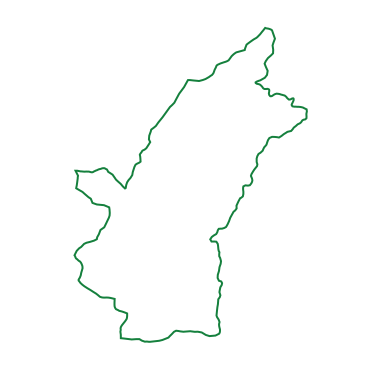 outline of Zobel, Tashigang, Bhutan, rotated 78°
{"feature_id": "84629894B82504764239496", "entity_name": "Zobel", "entity_type": "district", "adm_level": 2, "iso_a3": "BTN", "parent_name": "Bhutan", "parent_adm1": "Tashigang", "projection": "natural_earth1", "projection_center": [91.442, 27.065], "detail": "fine", "context": "isolated", "style": "outline", "palette": "green", "viewbox_px": 384, "rotation_deg": 78, "n_neighbors": 0, "source": "geoboundaries", "source_scale": "gbopen_adm2", "svg_char_len": 5401}
<svg xmlns="http://www.w3.org/2000/svg" viewBox="0 0 384 384"><g transform="rotate(78 192 192)"><path d="M320.2,292.0L320.8,290.1L322.5,285.1L323.7,281.6L324.3,277.3L325.0,274.0L327.0,271.9L328.6,269.2L328.9,267.2L329.6,265.2L329.8,264.3L330.7,255.1L330.6,251.7L329.5,245.3L328.4,243.8L326.7,241.1L325.0,238.7L324.4,236.4L325.1,234.3L325.9,232.4L326.9,229.5L327.8,222.7L329.3,218.5L329.9,215.3L331.4,211.7L334.7,208.2L336.6,204.8L337.3,198.9L336.5,195.8L336.2,194.8L334.9,193.9L333.7,193.5L332.1,193.2L330.5,193.3L328.7,193.3L326.8,193.0L326.0,192.6L324.9,192.1L322.2,192.5L319.6,193.5L317.9,193.7L313.2,192.2L309.9,191.1L307.2,190.0L304.2,189.1L302.4,188.6L300.7,186.7L298.9,185.7L295.7,186.0L293.9,185.3L291.1,184.1L289.2,182.3L287.4,181.5L285.6,182.0L284.4,184.1L281.4,184.8L278.4,184.0L274.8,182.0L271.2,180.7L268.2,178.9L265.7,178.0L262.3,178.2L260.5,178.7L258.4,178.3L256.6,177.7L255.2,178.1L253.5,178.1L250.1,177.7L248.1,177.6L245.7,178.5L245.1,180.3L244.5,183.2L242.1,184.0L240.1,182.0L239.0,179.6L238.2,177.1L236.7,175.7L234.8,174.7L233.6,173.5L233.8,171.8L234.1,170.2L233.9,167.9L233.3,166.0L232.6,165.3L230.9,163.8L228.2,161.8L225.1,159.9L222.9,158.0L220.0,155.5L219.0,153.6L217.4,151.8L214.6,151.3L212.7,149.9L210.7,148.4L208.1,146.2L207.9,145.2L206.9,143.2L204.7,142.2L202.5,141.7L200.3,141.5L198.7,141.2L197.2,140.6L196.6,138.4L197.4,135.9L197.4,134.0L195.9,132.2L194.5,131.1L193.1,130.5L191.3,130.5L188.5,131.0L186.9,130.1L184.5,127.9L183.0,126.4L180.2,123.0L178.5,122.3L176.1,122.5L172.7,121.8L170.6,120.7L168.6,119.0L167.8,116.8L166.3,114.3L164.7,113.2L163.3,112.1L162.4,110.8L161.2,109.3L159.2,108.2L157.1,106.9L155.3,105.1L154.7,102.2L155.4,99.4L156.2,97.0L156.8,95.6L155.8,92.8L154.5,90.2L153.5,87.4L153.0,86.2L152.9,82.3L151.3,80.2L150.2,79.1L149.0,76.6L147.8,74.6L147.2,72.1L146.5,70.8L144.9,69.2L144.5,68.0L144.5,66.0L143.6,64.7L142.0,64.3L139.4,63.9L137.1,62.9L135.0,62.7L133.4,64.8L132.6,65.7L132.0,66.8L131.4,68.2L131.0,69.4L130.6,71.0L130.3,72.2L130.0,73.1L129.8,74.2L129.1,75.9L128.0,76.4L127.1,76.3L126.1,75.5L124.5,74.3L123.5,73.6L122.2,73.2L121.5,73.4L121.3,74.5L121.6,75.3L121.9,76.6L121.8,77.9L120.6,78.9L119.5,79.6L118.5,80.0L117.9,80.5L116.9,81.3L116.2,82.7L115.7,83.6L115.3,84.5L114.8,85.3L114.4,86.0L114.1,86.7L113.8,87.5L113.4,88.8L113.5,90.3L113.8,91.5L114.2,92.5L114.7,93.6L114.8,94.9L114.5,95.6L113.1,96.3L111.5,96.3L109.8,95.6L108.8,95.3L107.8,95.3L106.9,96.4L106.7,97.2L106.7,98.1L106.3,99.7L105.7,100.5L105.1,100.9L103.8,101.4L102.9,101.9L102.0,102.5L101.1,103.2L100.6,103.9L100.2,104.7L99.6,106.1L98.7,107.0L98.0,107.0L97.5,105.9L97.1,103.5L97.0,102.1L95.4,97.0L93.1,94.3L89.2,92.8L85.1,93.7L81.6,94.3L79.4,92.7L76.8,89.9L74.8,86.3L73.2,83.9L69.8,83.0L65.4,82.7L62.7,81.2L59.3,79.0L50.5,80.1L49.4,81.1L48.2,83.1L47.3,85.4L46.7,86.3L48.8,88.8L49.8,90.1L51.8,92.5L53.9,95.6L54.6,96.9L55.6,100.0L56.7,102.6L57.5,104.4L58.5,106.6L59.2,108.0L62.6,110.2L64.1,110.9L64.3,114.2L64.5,117.5L64.6,119.3L64.8,120.2L65.9,122.6L67.3,124.9L69.0,126.8L70.8,128.8L71.3,130.3L71.6,131.9L71.8,134.2L72.2,137.5L72.6,139.2L72.9,140.6L73.5,141.7L75.3,142.9L77.1,144.4L79.1,145.6L80.4,146.5L81.7,148.1L82.3,149.8L83.0,151.3L83.6,153.1L84.3,155.3L84.7,158.1L84.9,162.0L83.3,167.1L82.1,170.7L81.7,172.7L87.0,177.3L87.7,177.9L92.9,183.8L93.5,184.4L98.1,188.3L101.0,190.7L102.7,193.2L103.7,194.9L104.2,195.8L112.8,205.3L117.0,210.5L119.9,213.6L121.1,215.9L122.5,218.9L124.3,219.8L128.0,222.1L131.6,223.2L133.3,222.8L134.5,222.5L136.5,224.4L139.7,227.6L140.7,229.6L141.2,231.7L141.8,232.5L142.7,233.2L143.3,234.0L143.8,234.6L144.7,235.3L146.6,235.3L148.3,235.5L151.6,236.0L152.3,237.4L152.9,239.9L153.5,241.5L155.5,243.1L160.2,245.8L163.0,246.9L165.5,249.3L167.1,251.5L169.0,253.4L171.5,254.9L174.3,256.0L174.6,256.8L172.3,258.4L169.3,260.0L167.4,261.4L166.2,262.3L164.2,263.7L163.3,264.1L162.5,264.4L158.5,266.1L155.6,269.0L155.0,269.7L152.3,270.5L151.3,271.8L150.6,272.5L150.2,274.0L150.2,275.2L150.4,276.4L150.4,277.6L150.5,278.8L150.9,280.3L151.0,281.3L151.3,282.6L151.5,283.5L151.9,284.6L152.0,285.4L151.8,286.3L151.2,287.5L150.7,288.4L150.4,289.5L150.0,291.3L149.8,292.7L149.4,294.2L149.0,295.4L148.7,296.6L148.2,297.8L147.9,298.5L147.4,299.7L147.0,301.5L152.4,300.1L153.8,300.7L154.7,300.9L159.0,302.4L161.7,303.4L163.5,304.2L164.3,304.5L167.1,301.4L168.7,299.6L169.3,299.0L170.7,298.0L171.8,297.2L172.7,296.5L175.6,294.3L176.8,293.1L177.5,292.4L179.7,292.0L182.0,291.6L184.4,287.7L186.6,280.8L189.8,276.2L191.9,276.3L195.4,276.8L197.9,277.5L199.8,278.6L202.9,281.0L205.0,282.6L208.3,285.2L210.1,289.4L214.0,291.9L216.6,294.2L218.4,294.9L219.2,297.9L219.6,302.3L219.7,305.7L220.3,308.3L222.7,311.8L223.6,314.1L225.6,317.0L229.5,320.1L230.8,319.6L231.7,319.6L232.9,319.2L233.9,318.3L235.0,317.6L235.9,316.9L236.7,316.0L238.1,315.3L239.6,314.9L241.7,314.6L243.8,314.9L245.7,315.9L247.9,317.1L250.5,318.2L252.4,319.5L254.1,321.1L255.1,321.3L256.0,320.8L257.8,320.0L259.8,318.6L261.8,316.9L264.4,314.3L266.7,311.8L269.2,309.3L271.4,307.0L273.2,305.5L275.4,303.8L276.4,302.0L277.0,300.1L277.5,297.3L278.0,295.5L278.7,293.7L279.5,292.0L280.5,289.9L284.5,290.9L286.4,291.3L288.1,291.5L289.6,291.2L290.8,290.7L292.3,288.7L293.1,287.9L294.2,285.6L295.3,283.7L296.4,282.0L297.3,280.7L299.8,281.2L301.8,281.9L302.7,282.4L304.6,284.4L306.4,286.6L308.0,288.5L309.4,289.7L310.5,290.2L312.1,290.4L313.8,291.1L316.7,291.3L320.2,292.0Z" fill="none" stroke="#15803d" stroke-width="2"/></g></svg>